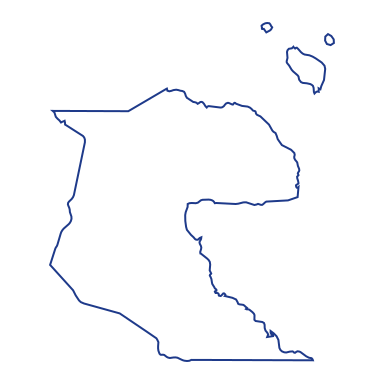 map outline of Morobe (Mercator projection)
{"feature_id": "PNG-1253", "entity_name": "Morobe", "entity_type": "Province", "adm_level": 1, "iso_a3": "PNG", "parent_name": "Papua New Guinea", "parent_adm1": "", "projection": "mercator", "projection_center": [147.281, -6.648], "detail": "fine", "context": "isolated", "style": "outline", "palette": "blue", "viewbox_px": 384, "rotation_deg": 0, "n_neighbors": 0, "source": "natural_earth", "source_scale": "10m", "svg_char_len": 4762}
<svg xmlns="http://www.w3.org/2000/svg" viewBox="0 0 384 384"><path d="M166.9,88.6L167.4,90.7L169.3,91.3L171.5,90.8L173.4,90.1L176.2,89.7L178.4,90.1L180.3,90.7L182.3,91.0L184.1,91.8L185.1,93.6L185.8,95.9L186.9,97.8L193.3,102.0L194.3,102.1L195.5,102.4L196.6,102.8L197.6,103.8L198.6,103.3L200.4,102.0L201.7,101.9L202.5,102.2L203.9,103.7L205.5,106.3L206.7,107.5L207.2,106.7L208.7,106.1L220.1,107.5L221.2,107.5L222.4,107.2L223.9,106.1L225.0,104.6L226.2,103.4L228.0,102.8L229.1,103.1L232.2,104.5L233.0,104.5L233.3,104.3L233.4,103.9L233.8,103.3L234.7,102.8L235.3,103.0L236.0,103.7L242.0,105.9L247.7,106.6L249.9,107.6L251.5,108.9L252.9,110.5L253.4,110.7L254.9,111.1L255.4,111.4L255.7,112.0L255.9,113.3L256.2,113.9L257.0,114.8L260.4,116.4L269.0,124.6L272.3,130.5L273.5,131.8L275.5,133.0L276.7,135.8L277.7,139.1L279.0,141.0L281.9,145.1L291.1,149.8L294.3,153.0L294.7,154.7L294.5,155.8L294.2,156.8L294.3,158.2L295.1,159.8L296.2,161.1L297.2,162.4L297.9,165.9L299.1,168.8L299.3,170.4L298.9,171.5L298.2,172.4L297.8,173.5L298.5,175.1L297.1,176.7L297.3,178.5L298.0,180.6L298.5,183.2L298.1,183.8L296.4,184.9L296.0,185.3L296.2,186.8L296.8,187.7L297.6,187.8L298.5,187.0L297.6,197.1L288.0,200.4L266.3,201.6L265.2,202.3L263.0,204.3L262.0,204.9L260.7,204.8L259.3,204.3L258.0,203.9L256.6,204.5L254.4,205.0L246.1,202.3L243.3,202.4L238.2,203.7L235.6,204.0L216.4,203.0L214.8,203.2L214.1,202.0L213.2,201.0L212.0,200.3L210.5,199.8L208.6,199.6L202.5,199.8L200.9,200.3L197.8,202.7L195.8,203.2L191.7,203.0L189.5,203.2L187.7,204.0L187.6,207.0L185.7,212.2L185.2,215.1L185.3,221.0L186.1,226.9L186.9,229.8L191.0,234.9L193.6,237.3L194.9,238.9L195.7,239.5L197.1,239.8L198.0,239.6L199.7,238.0L201.3,237.3L201.1,238.9L200.5,240.2L199.8,241.3L199.5,242.3L199.8,243.8L200.9,245.9L201.3,247.4L201.1,249.0L200.2,252.0L200.4,253.5L200.9,253.6L207.2,258.6L208.7,260.1L209.8,261.9L210.2,264.6L209.7,270.4L210.5,272.1L211.2,273.5L210.8,274.1L210.1,274.6L209.8,275.6L210.5,276.8L211.4,279.0L212.0,282.8L212.3,284.0L214.3,287.2L214.8,288.3L215.6,288.9L216.1,289.4L216.5,290.0L216.4,290.7L215.7,291.0L215.0,291.3L214.8,291.7L215.6,293.0L216.1,293.0L216.9,292.9L218.2,293.4L218.8,294.3L218.7,295.1L219.0,295.7L220.7,296.0L221.3,295.6L223.3,293.4L224.1,293.4L224.8,294.0L225.4,294.7L225.5,295.3L224.9,296.0L232.4,297.8L236.1,299.5L237.7,302.4L238.1,303.7L239.2,304.3L240.5,304.5L241.5,304.6L243.4,304.9L244.5,305.7L245.5,306.7L247.0,307.9L246.0,309.0L246.7,309.3L248.2,309.3L249.4,309.7L252.4,312.1L253.9,313.7L254.5,315.1L254.4,319.8L255.6,321.0L262.3,322.0L264.0,323.0L264.6,324.8L264.7,328.0L265.5,330.6L267.2,332.6L268.2,334.5L267.2,337.0L273.1,336.1L273.1,335.2L272.0,334.7L271.1,333.8L270.6,332.6L270.6,331.0L273.9,333.5L276.6,336.3L278.4,339.9L279.4,347.9L280.4,349.9L282.0,351.4L284.2,352.3L286.2,352.5L289.9,351.6L292.6,351.4L293.3,351.8L294.1,352.6L295.0,352.8L296.4,351.8L297.5,351.3L299.0,351.5L300.4,352.0L306.2,356.3L308.9,357.7L311.6,358.2L312.6,359.4L312.9,360.3L191.3,359.9L190.0,360.5L189.2,360.8L188.1,360.9L187.0,361.0L184.4,360.7L183.0,360.3L181.8,359.8L177.4,357.7L175.4,357.4L173.3,357.5L169.9,358.0L168.1,357.6L166.7,356.9L164.3,355.0L163.0,354.7L161.7,354.8L160.5,354.7L159.5,353.7L158.4,350.7L158.1,348.5L158.1,346.3L158.4,342.2L157.3,339.8L156.4,338.3L146.2,331.3L119.7,313.4L84.0,303.5L80.8,302.1L79.0,300.4L75.7,295.4L73.1,290.3L50.1,264.9L55.4,248.4L56.0,247.3L56.8,246.2L57.4,244.8L60.7,233.6L61.3,232.0L62.3,230.3L63.7,228.6L68.8,224.1L69.9,222.8L70.9,221.0L71.5,218.8L71.4,216.5L69.9,212.1L69.7,209.6L69.2,207.7L68.4,205.9L67.9,204.4L68.1,202.9L68.9,201.7L71.7,199.0L73.0,197.2L73.9,195.1L84.9,142.3L84.9,139.5L84.2,137.5L83.0,136.0L66.9,125.7L65.1,124.6L65.0,122.7L64.6,120.8L63.8,121.2L61.8,122.0L61.0,122.5L59.4,120.4L57.5,118.7L55.8,116.8L54.4,112.4L52.7,110.9L128.3,111.2L166.3,88.9L166.9,88.6ZM321.7,62.5L324.5,65.7L325.2,68.9L324.0,80.0L321.3,86.1L320.4,89.3L319.2,88.7L318.7,88.4L318.8,89.2L318.6,90.9L318.7,91.8L317.4,91.5L316.4,91.8L315.5,92.5L314.5,93.5L313.9,92.0L313.6,87.8L312.9,85.8L311.8,84.9L310.4,84.1L306.9,83.3L302.8,82.9L301.0,82.1L299.3,79.9L299.0,79.1L298.5,76.5L297.7,75.4L293.1,71.4L291.6,69.7L289.1,65.5L287.2,63.2L286.7,62.2L286.7,61.1L287.5,57.9L287.0,52.0L287.5,50.3L288.8,48.8L291.9,48.3L293.4,46.8L293.7,47.4L294.1,47.7L294.5,47.9L295.1,48.5L295.5,48.1L295.9,47.9L296.3,47.9L296.8,47.7L298.2,49.0L301.0,52.2L302.7,53.6L304.5,54.5L309.4,55.3L312.6,56.6L315.7,58.4L321.7,62.5ZM328.0,34.1L331.3,36.0L333.7,39.4L333.9,43.0L330.6,45.1L326.9,44.0L325.1,40.6L325.3,36.6L328.0,34.1ZM267.2,23.0L269.4,23.3L270.4,24.5L271.1,26.0L272.2,27.3L271.1,29.4L269.9,30.5L266.3,32.4L263.8,28.9L263.5,28.9L262.3,29.0L262.0,28.9L261.9,28.4L262.0,27.9L262.0,27.4L261.7,26.9L261.6,25.6L263.2,24.3L265.3,23.3L267.2,23.0Z" fill="none" stroke="#1e3a8a" stroke-width="2"/></svg>